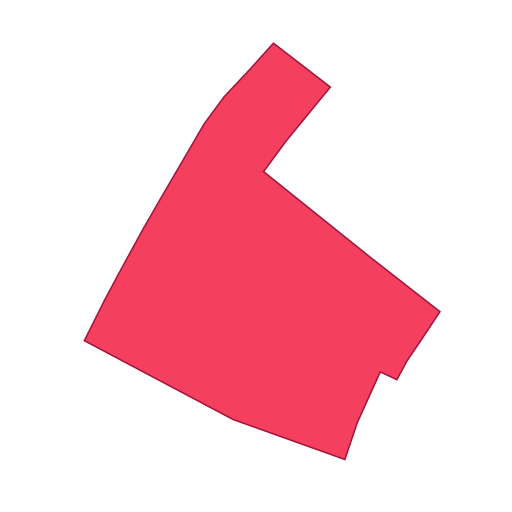 Alapi, Tuvalu, rotated 265°
{"feature_id": "33948139B89877279250405", "entity_name": "Alapi", "entity_type": "district", "adm_level": 2, "iso_a3": "TUV", "parent_name": "Tuvalu", "parent_adm1": "", "projection": "orthographic", "projection_center": [179.197, -8.522], "detail": "fine", "context": "isolated", "style": "filled", "palette": "rose", "viewbox_px": 512, "rotation_deg": 265, "n_neighbors": 0, "source": "geoboundaries", "source_scale": "gbopen_adm2", "svg_char_len": 430}
<svg xmlns="http://www.w3.org/2000/svg" viewBox="0 0 512 512"><g transform="rotate(265 256 256)"><path d="M186.6,77.6L95.1,218.9L45.5,326.8L81.0,342.3L129.7,369.7L120.5,385.6L138.4,397.3L157.0,412.5L184.5,434.4L245.0,369.5L339.4,270.9L367.9,296.0L417.8,344.8L466.5,291.9L441.3,264.9L417.6,238.3L392.6,216.2L320.0,164.9L291.6,145.1L249.5,117.1L224.7,101.0L186.6,77.6Z" fill="#f43f5e" stroke="#9f1239" stroke-width="1.5"/></g></svg>